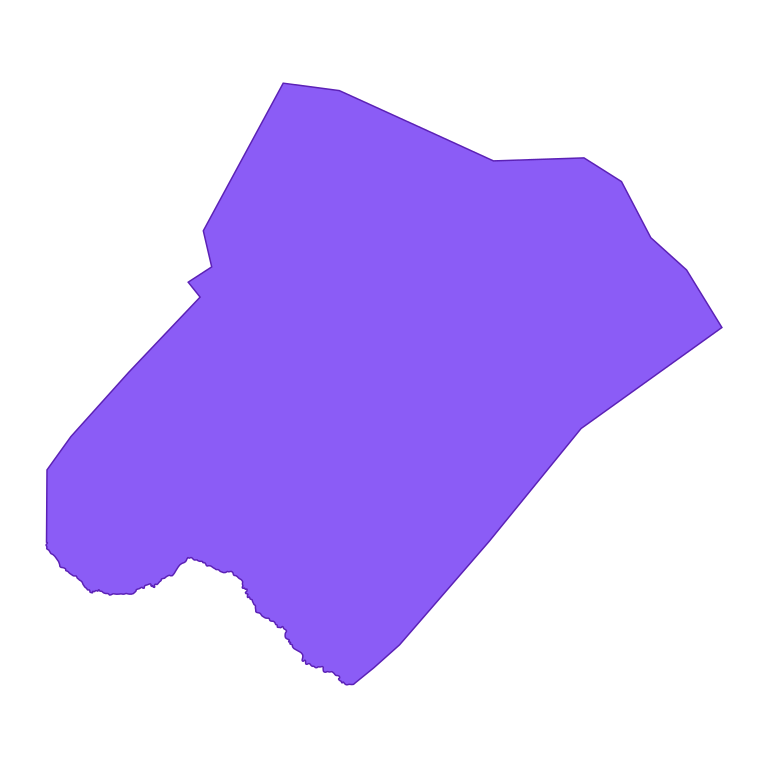 Jargalant, Orhon, Mongolia (Mercator projection)
{"feature_id": "93677404B3758114221104", "entity_name": "Jargalant", "entity_type": "district", "adm_level": 2, "iso_a3": "MNG", "parent_name": "Mongolia", "parent_adm1": "Orhon", "projection": "mercator", "projection_center": [104.283, 49.034], "detail": "fine", "context": "isolated", "style": "filled", "palette": "violet", "viewbox_px": 768, "rotation_deg": 0, "n_neighbors": 0, "source": "geoboundaries", "source_scale": "gbopen_adm2", "svg_char_len": 6021}
<svg xmlns="http://www.w3.org/2000/svg" viewBox="0 0 768 768"><path d="M584.0,157.9L493.4,160.9L427.8,130.9L339.3,90.6L336.3,90.2L283.2,83.2L203.3,230.8L211.7,266.9L190.1,280.9L188.2,282.2L200.1,297.1L128.8,372.2L70.9,436.6L47.0,469.9L46.5,542.2L47.2,542.5L47.4,543.0L47.1,543.5L46.8,543.9L46.3,544.4L46.1,545.0L46.2,545.6L46.7,546.1L46.8,546.7L46.9,547.4L46.7,548.2L46.9,548.9L47.7,549.5L48.6,549.9L49.5,551.2L50.0,552.1L50.9,553.5L52.0,554.1L53.0,554.6L53.9,555.4L54.9,556.4L56.2,558.2L57.4,559.9L58.6,561.6L59.4,563.8L59.7,564.9L59.8,566.1L60.3,566.9L61.1,567.4L62.6,567.6L63.9,567.9L65.2,568.6L65.7,569.2L65.7,569.8L65.8,570.5L66.3,570.9L67.0,571.0L67.9,571.5L69.5,573.2L71.5,574.6L73.3,575.8L74.0,575.9L74.9,575.9L75.5,575.9L76.1,576.0L76.6,576.6L76.9,577.2L77.1,577.8L77.5,578.4L78.3,578.9L79.6,580.2L80.2,580.4L81.0,581.0L81.7,581.6L82.1,582.2L82.6,583.2L82.9,584.1L83.3,584.8L83.9,585.6L84.4,586.5L84.8,587.0L85.5,587.6L86.2,588.1L86.8,588.7L87.3,589.6L88.0,590.0L88.4,589.9L89.2,589.9L89.6,590.2L89.9,591.0L89.9,591.6L90.1,592.2L90.5,592.4L91.3,592.6L91.9,592.8L92.4,592.8L92.6,592.6L92.5,591.9L92.7,591.4L93.5,591.4L94.2,591.6L94.7,591.5L95.4,590.7L96.1,590.7L96.8,590.7L97.4,591.0L97.8,591.1L98.2,590.7L98.3,590.1L98.5,589.8L99.0,589.8L99.4,590.2L99.8,591.0L100.2,591.2L101.0,591.2L101.9,591.4L103.5,592.8L104.3,593.1L104.9,593.3L105.7,593.5L107.0,593.5L108.1,593.6L108.8,594.1L109.2,594.7L109.5,595.0L110.1,595.0L111.0,594.8L113.0,593.8L113.7,593.8L116.4,594.2L119.1,594.1L120.4,593.9L121.3,593.9L123.2,594.2L123.9,594.1L124.7,594.0L125.3,593.7L126.1,593.5L126.8,593.6L128.0,593.9L129.1,594.1L130.6,594.1L131.5,594.1L132.5,593.8L133.3,593.6L134.7,592.4L135.3,591.8L136.0,591.0L136.2,589.9L137.0,589.3L138.0,589.0L139.2,588.7L140.4,588.0L141.3,587.4L142.1,587.4L142.5,587.8L143.1,588.2L143.6,588.2L144.0,588.2L144.3,587.8L144.3,586.8L144.6,586.1L145.3,585.4L147.1,584.9L149.2,584.1L149.7,583.9L150.5,583.9L151.0,584.5L150.9,585.5L151.3,586.1L151.8,586.3L152.2,585.8L152.5,585.7L153.0,586.1L153.1,586.8L153.5,587.2L154.2,587.3L154.5,587.3L154.7,586.7L154.5,585.5L154.7,584.7L155.1,584.3L155.8,584.2L157.0,584.5L157.7,584.0L159.6,581.7L160.5,581.1L161.1,580.5L161.2,579.6L161.6,579.0L162.3,578.7L163.5,578.4L164.6,578.2L165.8,577.1L167.6,575.9L169.2,575.3L170.0,575.5L170.7,575.8L171.9,575.7L172.4,575.6L173.4,574.5L174.5,573.0L176.2,570.1L178.3,566.8L179.9,564.8L181.9,563.4L184.1,562.6L185.6,561.6L186.4,560.3L186.8,559.2L187.4,558.2L187.8,557.7L188.3,557.7L188.8,558.0L189.6,558.1L190.6,557.6L191.5,557.6L192.4,558.3L193.5,559.5L194.4,560.0L197.0,559.9L197.8,560.6L198.7,561.0L199.7,561.3L201.5,561.3L202.1,561.4L202.6,561.6L202.7,562.3L203.2,562.7L204.5,562.7L205.0,562.9L205.4,563.6L205.8,564.1L206.2,565.2L206.7,565.8L207.5,566.0L208.2,565.8L208.9,565.7L210.6,565.9L211.7,566.6L212.7,567.3L213.6,568.0L214.6,568.4L215.4,569.1L216.2,569.6L218.1,569.6L218.9,570.0L219.4,570.6L220.3,571.4L221.9,572.0L223.4,572.6L224.6,572.6L225.5,572.5L226.3,572.1L227.0,571.6L227.6,571.5L228.1,571.7L229.0,571.8L230.2,571.5L230.9,571.4L231.3,571.4L231.9,571.8L232.4,572.1L232.9,572.8L233.2,573.7L233.5,574.8L234.1,575.4L235.3,575.6L236.0,575.7L236.6,576.1L237.4,576.7L238.1,577.5L239.2,578.5L241.0,579.5L241.9,580.4L242.6,581.5L242.6,582.7L242.4,583.6L242.5,584.6L242.8,585.3L242.8,586.2L242.3,587.0L242.3,587.7L242.8,588.2L243.4,588.3L244.1,588.1L244.7,588.3L245.0,589.0L245.6,589.3L246.1,589.2L246.8,589.1L247.1,589.7L247.1,590.3L246.9,590.8L246.7,591.4L246.1,591.8L245.8,592.1L245.5,592.5L245.5,592.9L246.0,593.6L246.8,593.8L247.6,594.0L247.9,594.3L247.8,594.8L247.5,595.4L247.4,596.3L247.4,597.0L247.7,597.4L248.0,597.5L248.5,597.3L249.0,597.0L249.4,597.2L249.8,597.9L250.1,598.9L250.7,599.2L251.2,599.5L251.9,599.6L252.2,599.9L252.5,601.2L252.8,602.0L253.3,603.0L254.0,604.5L254.8,605.0L255.5,606.0L255.4,607.8L255.7,609.8L255.8,611.5L256.2,612.1L257.0,612.5L259.5,613.0L260.5,613.7L261.5,615.2L262.0,615.9L264.3,617.4L265.4,618.0L267.0,618.2L268.4,618.2L269.2,618.6L269.8,620.3L270.3,620.8L271.1,621.1L273.3,621.3L273.9,621.6L274.8,622.4L275.4,623.8L275.6,624.2L275.9,624.6L276.7,624.7L277.1,625.2L277.3,625.8L277.3,626.6L277.4,627.1L277.7,627.3L278.4,627.4L279.3,627.4L279.8,627.5L280.4,627.7L280.9,627.6L281.5,627.2L282.1,626.7L282.3,626.6L282.8,626.7L283.2,627.2L283.5,628.0L283.8,628.6L284.2,628.9L285.2,629.5L285.9,630.0L286.3,630.6L286.5,631.0L286.4,631.6L285.7,632.5L285.3,633.4L285.1,635.1L285.2,636.8L285.6,637.8L286.0,638.2L286.8,638.8L287.6,639.1L288.1,639.4L289.0,639.7L289.3,640.2L289.2,640.6L288.7,641.2L288.7,641.7L289.0,642.0L289.8,642.0L290.2,642.2L290.5,642.6L290.2,643.0L289.9,643.6L290.0,643.9L290.4,644.2L291.0,644.3L291.9,644.6L292.4,645.2L292.4,645.8L292.5,646.6L293.0,647.5L293.9,648.5L295.4,649.4L297.5,650.6L299.7,651.8L301.3,652.9L302.2,654.1L302.7,654.9L302.8,655.8L302.8,656.9L302.6,657.9L302.1,660.1L302.3,660.8L302.8,661.2L303.3,661.2L303.7,661.0L304.5,660.3L305.0,660.3L305.4,660.5L305.6,661.2L305.6,662.8L305.7,663.6L306.1,664.2L307.0,664.3L307.8,663.9L308.7,663.6L309.4,663.6L310.2,664.2L310.8,665.1L311.7,666.0L312.7,666.3L313.6,666.3L314.4,666.6L314.9,667.2L315.5,667.6L316.1,667.7L317.0,667.6L317.6,667.2L318.3,666.8L319.0,666.9L319.5,666.9L320.0,667.0L320.8,666.8L321.8,666.6L322.5,666.6L323.1,667.1L323.3,667.8L323.1,668.7L323.3,670.7L323.6,671.5L324.3,672.0L325.1,672.2L325.9,672.2L326.7,671.7L327.8,671.6L328.5,671.8L329.5,672.0L330.2,671.9L331.2,671.7L332.0,671.7L333.0,672.4L334.2,673.5L334.8,674.4L335.6,675.2L336.2,675.5L336.9,675.5L337.8,675.6L338.8,675.9L339.4,676.5L339.7,677.2L339.6,678.0L338.7,678.6L338.6,679.2L339.0,679.8L339.4,680.3L341.0,681.2L341.4,681.9L341.6,682.4L341.9,682.8L342.3,682.8L342.8,682.2L343.1,682.1L343.5,682.2L344.1,683.0L344.7,683.7L345.4,684.3L346.1,684.7L346.8,684.8L347.6,684.7L348.7,684.4L349.2,684.3L350.2,684.4L351.2,684.5L352.1,684.5L353.3,684.4L354.1,683.9L355.2,682.9L373.8,667.8L399.5,644.9L488.8,541.8L581.1,428.5L721.9,327.5L686.6,270.0L650.8,237.7L621.5,181.6L584.0,157.9Z" fill="#8b5cf6" stroke="#5b21b6" stroke-width="1.5"/></svg>